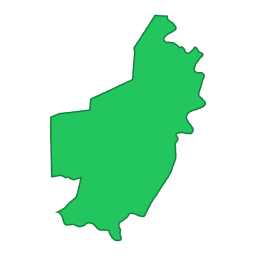 the district of Panzós, Alta Verapaz, Guatemala
{"feature_id": "79465075B48438720482803", "entity_name": "Panzós", "entity_type": "district", "adm_level": 2, "iso_a3": "GTM", "parent_name": "Guatemala", "parent_adm1": "Alta Verapaz", "projection": "albers", "projection_center": [-89.636, 15.321], "detail": "fine", "context": "isolated", "style": "filled", "palette": "green", "viewbox_px": 256, "rotation_deg": 0, "n_neighbors": 0, "source": "geoboundaries", "source_scale": "gbopen_adm2", "svg_char_len": 3408}
<svg xmlns="http://www.w3.org/2000/svg" viewBox="0 0 256 256"><path d="M154.9,15.4L154.7,16.4L153.7,17.6L153.2,18.6L151.8,20.5L149.3,24.6L148.9,25.0L148.6,25.7L146.0,29.3L145.7,30.3L142.5,34.6L142.5,35.0L139.3,40.0L136.5,44.0L136.4,44.4L134.2,47.4L134.0,49.0L134.6,50.0L134.6,55.3L134.1,58.6L134.1,60.4L133.1,72.7L133.2,74.2L132.6,79.4L131.3,80.3L126.1,82.6L123.9,83.8L120.1,85.3L113.4,88.7L107.9,91.1L105.2,92.6L101.9,93.7L101.2,94.4L97.5,96.0L90.7,99.2L89.9,109.0L89.7,110.0L89.3,110.2L80.7,111.2L80.3,111.4L71.9,112.2L71.5,112.4L63.3,113.2L62.8,113.4L59.8,113.5L59.2,113.8L50.9,117.2L50.7,128.8L50.9,139.9L51.1,145.5L51.2,150.9L51.4,159.9L51.6,172.1L51.8,176.8L57.1,175.9L58.3,175.8L59.5,175.4L60.8,175.1L61.8,175.9L63.2,176.2L64.4,176.9L65.3,177.7L66.7,177.4L68.2,177.0L69.4,177.9L70.9,178.8L72.4,179.3L73.6,179.8L77.0,178.8L81.0,177.5L80.1,182.2L79.3,185.6L78.6,189.0L77.7,192.2L76.8,195.5L76.4,196.9L74.2,198.9L72.1,200.7L69.4,202.9L66.7,205.7L65.8,206.8L64.5,208.2L61.2,210.2L59.8,210.9L58.3,211.8L57.6,212.2L58.4,212.2L59.7,213.1L61.5,215.4L62.7,218.0L63.2,220.3L64.2,223.0L64.8,224.0L65.8,224.8L67.0,225.0L70.8,224.5L73.4,224.4L74.8,224.8L76.7,225.9L78.9,226.7L81.0,226.5L83.5,225.6L83.9,225.6L85.7,224.3L86.1,223.7L87.1,223.2L88.2,223.0L88.5,222.7L90.0,222.9L92.3,223.5L93.2,224.0L95.7,226.2L96.9,227.9L98.7,229.4L101.2,230.0L107.6,230.1L108.6,230.5L109.0,231.0L109.4,232.7L109.9,233.4L110.0,234.0L112.0,237.5L114.6,240.0L117.9,240.6L119.7,240.3L120.5,239.9L121.1,239.1L121.3,238.4L120.9,237.5L120.9,236.6L120.3,235.8L120.1,233.4L119.9,233.0L120.1,231.4L120.5,230.8L120.4,229.6L118.8,226.3L118.9,225.0L119.1,223.4L120.1,222.2L122.9,220.4L127.2,217.1L128.5,215.2L128.9,214.1L129.7,213.4L132.2,213.3L134.9,213.8L138.6,215.7L142.9,216.5L143.8,216.5L145.1,215.0L146.6,211.3L147.7,209.6L147.7,209.2L150.0,205.1L151.1,202.6L152.0,201.6L152.8,199.9L155.9,195.7L163.4,183.8L165.3,181.4L165.4,180.7L168.1,177.1L168.9,175.1L171.0,171.8L172.0,169.0L172.3,167.0L173.3,165.3L175.7,158.3L175.8,153.3L175.5,152.8L175.5,147.3L175.0,146.2L175.3,143.5L176.1,142.2L177.1,141.2L177.9,139.5L177.8,137.7L176.7,136.7L176.3,135.4L176.0,134.3L177.3,133.2L180.8,132.5L183.0,132.6L186.8,133.5L188.6,133.2L190.6,133.7L191.4,133.2L192.3,132.3L193.1,130.3L192.9,128.5L190.3,124.6L189.6,123.9L189.5,123.5L188.4,122.7L188.0,121.1L186.8,119.6L186.5,119.0L186.4,116.1L186.8,115.0L187.9,113.4L189.7,111.8L191.7,111.0L192.6,110.4L197.0,109.3L198.4,108.5L199.9,108.2L201.3,107.4L202.3,107.1L204.5,105.4L205.3,104.2L205.3,102.9L204.6,101.7L202.5,99.3L201.9,98.4L199.6,96.6L198.8,95.5L198.6,94.8L199.2,91.4L199.7,90.2L199.9,89.0L200.6,87.8L201.1,85.4L201.7,84.1L202.0,81.7L202.7,79.8L203.6,78.1L203.7,77.5L204.2,75.2L202.9,73.4L201.0,72.6L198.3,72.9L197.4,72.7L195.1,71.6L194.3,70.8L194.1,70.3L194.3,67.6L195.0,66.5L195.6,63.7L197.5,61.8L199.7,58.3L201.0,57.3L202.7,55.5L202.9,54.5L201.7,53.0L200.0,52.6L199.1,52.0L197.6,49.8L196.6,48.1L195.8,47.4L194.5,47.3L194.3,48.2L193.5,48.9L192.7,50.2L190.9,51.4L189.6,52.9L188.7,53.2L187.4,53.3L186.7,53.0L184.7,51.2L184.9,49.9L182.1,47.0L181.3,46.9L180.6,47.4L179.6,47.5L177.0,45.3L173.7,42.9L168.7,42.3L167.4,42.6L165.5,42.0L164.0,40.6L163.7,39.0L164.1,37.8L165.5,35.9L168.5,33.6L172.0,32.0L174.9,29.9L175.9,28.9L175.8,26.8L174.5,25.3L174.4,24.8L172.9,23.3L172.7,22.8L170.8,22.0L168.0,19.7L167.3,18.3L167.2,16.2L159.8,15.8L154.9,15.4Z" fill="#22c55e" stroke="#15803d" stroke-width="1.5"/></svg>